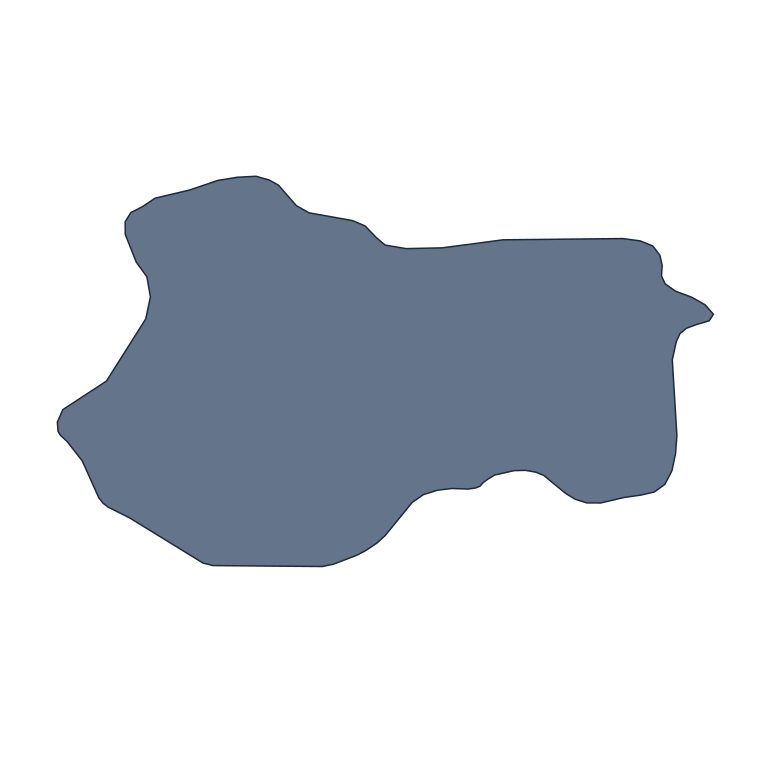 Kuala Lumpur, Robinson projection, rotated 275°
{"feature_id": "MYS-4831", "entity_name": "Kuala Lumpur", "entity_type": "Federal Territory", "adm_level": 1, "iso_a3": "MYS", "parent_name": "Malaysia", "parent_adm1": "", "projection": "robinson", "projection_center": [101.696, 3.13], "detail": "fine", "context": "isolated", "style": "filled", "palette": "slate", "viewbox_px": 768, "rotation_deg": 275, "n_neighbors": 0, "source": "natural_earth", "source_scale": "10m", "svg_char_len": 1196}
<svg xmlns="http://www.w3.org/2000/svg" viewBox="0 0 768 768"><g transform="rotate(275 384 384)"><path d="M317.6,61.9L330.5,66.3L362.7,107.2L428.1,141.0L450.4,143.7L470.2,138.4L483.9,126.5L510.5,113.2L523.0,112.0L532.8,116.9L539.4,127.6L549.2,139.8L560.3,173.4L572.3,200.6L577.2,219.9L579.8,238.4L577.2,251.8L572.9,261.5L554.0,281.2L548.0,294.4L544.0,338.7L539.7,351.6L529.4,363.3L522.5,373.0L520.8,394.2L524.7,430.0L538.0,489.9L549.7,609.2L548.9,626.7L544.9,639.8L536.3,647.6L526.3,650.8L516.0,651.0L508.4,655.2L501.9,666.2L497.2,683.2L490.8,697.1L482.2,706.1L475.3,702.4L470.2,689.5L465.9,680.5L460.1,674.5L451.7,671.5L433.2,669.1L358.0,680.3L339.9,680.5L322.7,678.4L308.4,672.5L300.0,662.7L295.7,649.6L291.8,632.8L284.4,610.4L283.2,596.5L285.8,584.6L291.0,574.2L306.9,551.0L309.4,542.7L310.3,532.5L309.0,521.1L303.0,502.3L298.3,495.8L294.4,491.4L290.5,488.5L288.4,484.3L286.7,477.2L285.8,460.7L282.8,446.3L277.2,432.9L268.6,422.5L233.4,398.6L224.9,390.8L217.0,381.0L211.4,372.5L200.2,349.7L196.8,338.5L188.2,229.4L189.9,219.2L228.3,142.5L237.2,120.1L240.6,114.7L245.8,109.8L281.1,90.1L299.3,73.1L304.7,66.1L308.4,63.4L317.6,61.9Z" fill="#64748b" stroke="#1e293b" stroke-width="1.5"/></g></svg>